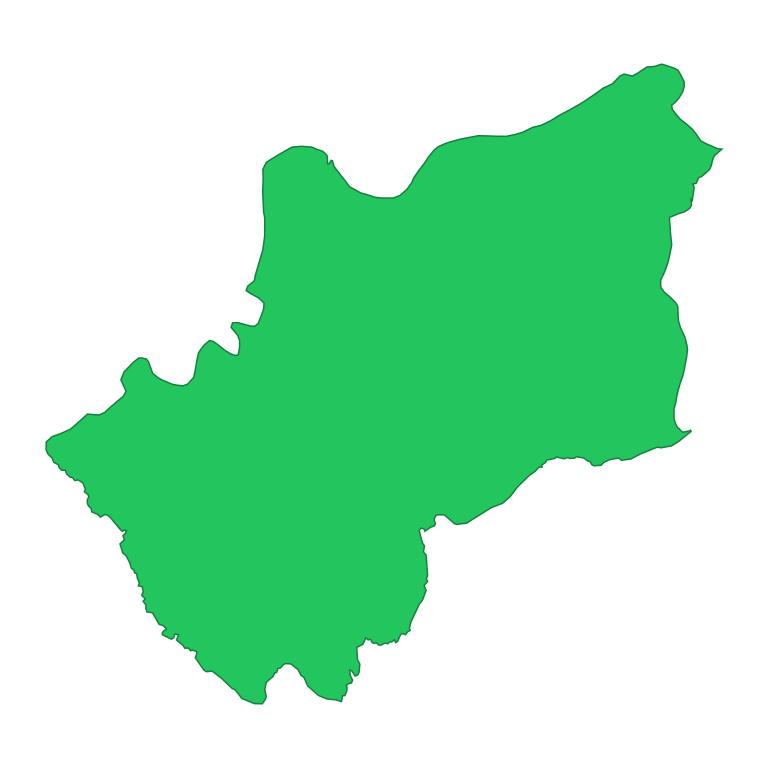 the district of Luozi, Bas-Congo, Democratic Republic of the Congo
{"feature_id": "63176286B40063645047483", "entity_name": "Luozi", "entity_type": "district", "adm_level": 2, "iso_a3": "COD", "parent_name": "Democratic Republic of the Congo", "parent_adm1": "Bas-Congo", "projection": "mercator", "projection_center": [13.9, -4.819], "detail": "fine", "context": "isolated", "style": "filled", "palette": "green", "viewbox_px": 768, "rotation_deg": 0, "n_neighbors": 0, "source": "geoboundaries", "source_scale": "gbopen_adm2", "svg_char_len": 5607}
<svg xmlns="http://www.w3.org/2000/svg" viewBox="0 0 768 768"><path d="M691.0,431.5L690.5,430.3L689.2,431.0L682.6,432.2L680.4,430.2L678.8,428.3L677.4,427.4L675.4,423.2L674.0,419.0L674.0,414.0L674.0,408.9L675.9,402.4L676.5,397.4L677.9,391.5L680.2,383.1L682.7,376.3L684.1,370.4L686.6,357.2L687.5,349.6L686.9,345.1L685.8,340.7L684.6,336.4L680.6,328.0L678.6,321.3L678.1,315.6L678.0,311.7L677.8,306.7L676.3,303.6L674.0,301.0L669.8,296.8L664.7,292.6L661.2,288.1L660.7,285.6L660.7,280.0L663.5,274.3L666.0,268.2L668.3,261.4L670.0,253.6L671.7,244.9L670.5,233.3L670.2,227.4L669.6,221.3L669.6,217.3L678.4,213.7L684.1,212.0L689.5,208.6L691.5,205.3L691.1,199.2L692.2,200.5L694.2,187.4L692.8,184.0L696.2,183.4L698.7,177.6L701.7,176.5L709.4,169.7L711.2,165.9L713.1,158.1L715.2,155.0L721.9,149.1L717.8,148.8L715.8,148.0L711.6,146.0L706.7,144.0L700.8,140.9L696.8,135.0L692.2,129.1L686.5,124.1L680.3,119.3L676.0,114.2L672.3,109.5L671.7,105.2L674.8,102.7L678.8,98.2L682.5,92.3L684.2,86.7L684.2,81.9L680.5,74.4L677.9,70.1L673.4,67.9L664.6,65.0L661.5,64.2L654.3,66.5L646.9,67.0L642.7,69.8L638.1,72.9L632.4,76.0L624.1,74.1L619.9,76.1L612.3,83.9L602.9,88.3L597.5,92.3L588.7,98.4L581.9,102.9L574.0,107.4L569.1,110.2L560.9,114.4L554.4,118.4L549.8,121.2L541.0,125.4L532.8,127.3L523.1,132.1L516.0,134.3L506.4,136.3L498.1,136.3L489.9,136.0L478.3,135.7L469.4,137.4L460.6,139.1L453.5,141.0L445.9,143.3L438.2,146.7L433.9,150.3L428.3,157.3L424.0,163.8L419.2,170.0L413.8,177.8L411.6,182.9L406.7,189.6L399.9,195.5L393.4,198.0L381.5,198.0L375.2,197.4L367.0,194.6L360.7,192.9L355.6,190.1L349.6,186.8L345.9,181.7L341.4,176.1L334.2,166.7L332.8,162.2L332.4,160.7L331.1,160.4L329.2,163.7L327.6,163.8L327.5,162.0L327.5,160.2L327.4,158.4L327.3,156.6L326.8,155.2L322.8,151.3L316.9,149.4L311.8,147.1L301.8,146.3L292.1,147.1L288.5,149.1L281.6,153.0L274.0,157.5L266.3,162.3L262.9,169.3L263.2,178.5L262.7,191.5L263.6,212.0L264.7,217.6L264.7,236.1L262.8,249.9L257.4,268.2L255.4,275.2L254.3,280.8L247.8,286.1L246.1,290.6L250.3,293.4L258.6,297.9L264.0,303.0L263.7,308.6L262.9,311.1L261.2,315.9L258.1,323.5L254.7,326.3L250.4,326.0L245.0,324.6L237.6,322.6L232.5,322.9L231.1,327.4L235.4,332.5L237.9,335.6L239.6,340.6L239.6,347.4L238.2,354.9L235.1,355.5L230.6,353.8L224.9,350.4L219.2,345.7L213.2,341.4L209.5,340.6L204.7,344.5L201.3,348.7L198.5,352.9L196.7,361.4L196.2,364.7L195.1,370.9L193.7,377.4L187.7,384.1L183.2,385.8L176.9,385.2L172.7,384.4L166.4,381.8L161.8,379.9L157.6,377.3L152.7,373.4L150.5,367.2L148.5,361.9L146.5,359.1L141.9,358.0L138.8,358.0L133.4,362.2L129.4,366.4L124.0,372.0L120.9,379.8L123.5,385.5L126.1,391.4L123.2,396.4L117.0,401.5L110.2,407.4L104.8,412.4L99.4,414.9L94.0,414.7L87.5,414.1L83.5,417.7L77.8,422.8L70.4,429.2L60.5,433.7L52.3,436.5L46.3,441.9L46.1,449.6L47.9,453.9L48.9,455.0L52.0,457.9L53.8,462.3L58.3,464.8L59.2,467.8L61.1,469.8L61.5,470.2L65.3,470.3L66.6,473.9L70.3,477.3L72.4,477.5L74.9,480.6L78.0,479.9L82.9,482.9L85.4,489.3L84.4,491.8L87.8,494.4L88.2,495.1L88.9,496.8L87.3,499.7L87.4,503.4L88.5,505.9L90.6,508.1L91.1,508.5L91.9,512.0L97.8,514.4L100.3,517.1L104.4,514.7L105.0,514.7L106.8,514.8L110.0,517.1L121.4,530.8L122.5,531.2L124.4,530.0L126.3,530.7L125.7,532.3L125.3,533.5L123.0,535.6L124.4,539.7L120.0,543.9L122.7,552.9L124.9,554.7L126.3,556.0L129.7,562.7L131.4,568.3L133.9,570.1L134.6,572.9L136.7,573.6L137.3,578.0L139.4,583.0L138.3,585.8L142.2,586.6L143.2,591.9L142.6,593.3L141.7,595.2L145.3,598.9L143.1,601.3L146.0,605.1L145.8,608.3L146.9,611.9L152.6,612.8L159.1,624.4L162.9,625.5L165.7,628.0L166.3,629.3L163.6,630.9L162.1,633.4L162.4,634.7L171.3,639.2L173.7,637.8L174.6,634.2L176.6,634.4L178.8,634.7L176.5,640.0L183.0,645.3L184.7,648.1L188.6,648.1L190.5,650.8L192.6,650.1L196.5,651.5L196.7,652.1L196.9,653.2L195.4,657.7L203.7,669.9L206.4,671.7L210.4,671.3L212.0,671.0L219.4,676.6L221.1,677.9L232.2,688.5L235.3,689.9L240.8,697.1L241.9,698.5L254.3,703.6L262.3,703.8L263.6,701.8L265.8,698.7L266.2,696.1L264.8,689.6L266.2,682.4L273.0,676.5L274.8,672.8L276.6,672.5L277.9,668.7L280.8,667.7L282.2,666.0L283.1,664.9L285.3,663.6L290.8,663.9L298.0,669.5L300.9,675.2L304.1,677.6L305.6,681.1L307.7,685.9L318.5,695.5L326.8,698.9L336.2,699.9L341.5,701.6L342.5,695.8L344.8,695.6L346.7,691.3L347.1,687.4L346.2,685.9L347.7,684.0L351.5,682.9L352.6,680.2L351.0,676.9L350.2,675.4L349.7,670.0L351.9,671.0L355.1,676.1L358.1,674.6L358.4,673.7L359.1,672.2L359.8,664.1L357.5,659.6L356.7,647.4L362.8,644.4L365.9,637.9L368.2,639.9L370.5,639.2L372.1,642.5L374.1,643.4L376.5,642.9L378.8,645.1L381.2,645.0L384.7,643.2L387.8,643.7L389.9,641.7L391.0,641.9L391.8,642.0L394.2,639.8L395.7,642.6L397.5,641.6L400.9,634.1L402.7,633.5L405.5,634.7L407.6,631.8L410.2,630.4L409.3,628.3L411.0,621.8L419.4,604.0L422.2,600.4L422.5,600.0L426.1,590.4L424.1,585.4L427.6,581.5L427.0,580.3L426.4,579.1L427.6,575.3L426.1,555.1L423.4,551.8L424.5,546.0L422.4,542.9L421.4,539.0L419.2,530.6L420.8,528.1L423.9,528.8L424.9,531.2L430.7,527.2L433.8,526.2L435.4,524.4L434.7,521.6L434.2,519.3L435.4,516.3L437.3,514.8L444.4,514.9L454.7,523.8L456.6,524.4L466.8,523.1L469.6,521.2L482.4,513.2L491.3,507.6L502.5,503.3L510.3,496.5L511.3,495.1L517.7,486.7L530.0,474.8L535.1,471.4L539.1,466.9L540.1,467.0L542.0,467.2L541.9,464.9L545.6,462.4L546.7,460.0L554.9,458.5L556.3,457.0L564.3,458.8L566.6,457.8L567.4,457.5L567.6,457.6L570.0,458.4L574.2,458.2L576.5,456.7L579.9,457.3L584.2,458.1L586.1,459.7L587.4,460.9L590.0,461.5L591.9,464.8L594.1,465.8L601.1,465.3L603.7,462.4L607.7,460.6L609.5,459.7L618.5,458.0L621.6,460.3L624.7,459.8L630.8,459.0L640.8,453.8L657.1,447.2L661.1,447.8L671.5,445.9L674.4,444.1L678.3,441.7L691.0,431.5Z" fill="#22c55e" stroke="#15803d" stroke-width="1.5"/></svg>